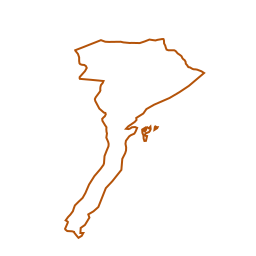 outline of Eritrea, rotated 74°
{"feature_id": "ERI", "entity_name": "Eritrea", "entity_type": "country or territory", "adm_level": 0, "iso_a3": "ERI", "parent_name": "Africa", "parent_adm1": "", "projection": "robinson", "projection_center": [39.36, 15.191], "detail": "fine", "context": "isolated", "style": "outline", "palette": "amber", "viewbox_px": 256, "rotation_deg": 74, "n_neighbors": 0, "source": "natural_earth", "source_scale": "50m", "svg_char_len": 2349}
<svg xmlns="http://www.w3.org/2000/svg" viewBox="0 0 256 256"><g transform="rotate(74 128 128)"><path d="M38.7,157.3L37.9,148.3L37.3,142.3L36.7,135.9L36.1,129.8L38.8,126.1L40.0,122.6L43.1,111.2L44.4,108.9L46.8,102.8L47.2,101.0L49.6,93.3L49.4,88.2L48.9,83.0L50.3,80.0L51.4,77.5L51.4,75.4L51.9,70.6L52.3,69.4L53.7,69.3L56.7,70.0L58.9,69.5L61.4,69.5L63.3,69.3L64.4,67.8L66.0,62.2L67.0,61.1L67.8,60.7L70.0,59.7L71.9,58.1L73.5,56.9L74.0,56.7L75.7,56.5L77.3,55.8L78.1,55.0L80.1,54.4L82.1,54.7L83.5,54.1L84.4,53.6L85.4,53.6L86.3,52.9L86.7,51.9L87.3,51.3L88.9,49.8L89.6,48.8L90.0,47.7L90.3,46.8L91.0,45.4L93.7,41.8L96.1,39.7L104.3,57.9L107.7,68.6L110.6,79.8L112.8,96.5L114.9,105.1L118.3,109.3L120.6,117.3L122.6,117.6L124.0,119.8L126.5,127.3L128.2,130.1L129.2,127.7L129.1,126.3L128.4,124.0L129.0,121.0L130.4,119.2L133.5,121.7L135.2,123.5L135.7,127.2L136.4,129.2L139.7,133.5L142.5,134.8L146.1,135.1L149.1,136.1L151.5,137.7L156.1,142.0L166.4,145.9L174.8,157.7L179.7,165.9L195.8,178.3L198.6,184.2L200.1,190.0L203.5,189.8L209.3,196.1L211.0,201.0L215.8,202.7L216.6,199.9L218.9,202.2L219.9,205.9L216.8,207.3L213.5,208.6L213.0,208.5L211.9,210.2L210.3,214.8L208.5,216.1L207.6,216.3L202.4,212.0L201.6,211.7L200.4,212.6L199.6,213.4L197.1,210.2L195.4,207.3L192.8,203.9L190.4,202.3L187.8,200.4L185.3,195.9L182.7,190.9L178.8,186.9L171.6,181.0L165.0,173.6L159.9,165.9L156.7,161.8L155.3,160.8L148.5,158.3L143.8,154.7L140.2,151.8L138.0,151.0L135.8,150.9L131.3,151.5L127.4,149.7L125.8,149.7L123.3,149.2L121.3,148.5L118.9,149.3L114.1,150.6L112.1,150.3L111.0,148.5L110.4,147.1L108.7,145.6L107.3,145.6L106.6,146.9L101.5,150.2L93.1,152.0L91.1,151.9L89.6,150.6L85.3,145.0L84.1,144.1L83.1,144.0L81.2,143.3L79.3,142.2L77.7,139.9L76.1,138.6L74.3,143.1L71.2,151.0L69.6,155.2L67.5,160.7L66.8,160.8L65.7,160.4L61.5,153.7L58.9,151.1L56.9,151.4L55.4,152.6L54.5,154.9L53.5,156.3L52.5,156.8L50.2,156.5L46.6,155.5L43.0,155.7L39.2,157.3L38.7,157.3ZM138.0,112.2L139.1,113.8L139.9,113.7L140.5,113.1L141.0,111.9L145.3,114.3L145.0,115.8L142.5,115.9L139.5,115.2L136.7,115.5L133.4,114.8L132.7,112.2L134.8,113.4L135.8,113.1L136.0,112.8L134.6,111.0L132.5,110.6L132.6,109.2L133.5,108.7L134.1,108.0L132.9,106.1L135.3,106.5L136.8,107.7L137.7,109.0L138.0,112.2ZM136.2,100.0L137.1,103.1L134.4,101.9L134.0,101.3L135.2,100.1L135.4,99.3L136.2,100.0Z" fill="none" stroke="#b45309" stroke-width="2"/></g></svg>